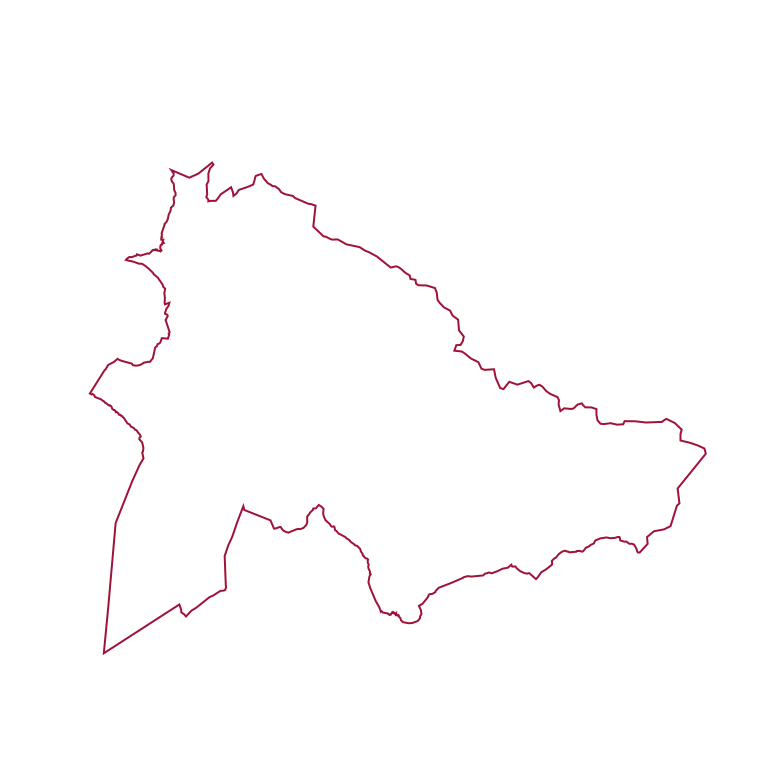 Kwaebibirem, Eastern, Ghana, rotated 353°
{"feature_id": "2480657B54074930978119", "entity_name": "Kwaebibirem", "entity_type": "district", "adm_level": 2, "iso_a3": "GHA", "parent_name": "Ghana", "parent_adm1": "Eastern", "projection": "mercator", "projection_center": [-0.887, 6.234], "detail": "fine", "context": "isolated", "style": "outline", "palette": "rose", "viewbox_px": 768, "rotation_deg": 353, "n_neighbors": 0, "source": "geoboundaries", "source_scale": "gbopen_adm2", "svg_char_len": 6159}
<svg xmlns="http://www.w3.org/2000/svg" viewBox="0 0 768 768"><g transform="rotate(353 384 384)"><path d="M458.6,319.3L452.8,315.2L449.2,310.3L447.4,307.1L447.5,300.0L446.3,295.0L438.3,291.4L430.2,290.2L428.1,288.4L427.9,284.4L423.1,283.0L422.7,279.3L418.9,276.4L414.9,271.8L412.5,269.7L410.5,268.7L404.8,269.2L392.4,256.5L385.4,251.5L381.4,249.3L376.5,245.2L363.7,240.8L355.8,234.9L350.3,234.4L348.5,233.6L344.0,230.6L342.1,230.2L333.0,219.2L337.8,198.6L333.4,196.5L331.1,196.0L318.2,188.5L316.6,186.3L308.8,183.5L305.3,181.1L303.6,177.9L300.1,174.5L297.4,174.0L296.2,172.6L293.2,170.6L289.9,165.7L287.9,160.6L282.2,161.8L281.1,163.5L280.6,165.4L278.5,170.1L273.0,171.7L263.9,173.6L262.8,174.4L261.2,176.6L257.5,179.0L257.4,175.1L256.2,170.1L245.0,175.9L241.4,179.9L239.3,181.7L234.1,181.1L231.9,181.3L232.1,179.7L230.4,176.7L231.6,174.4L232.3,164.3L234.5,161.3L235.3,153.7L237.6,148.8L241.4,145.6L240.4,143.3L225.3,152.6L215.9,155.5L198.9,145.7L200.9,149.5L200.5,151.6L199.0,152.7L197.8,154.5L198.1,157.0L199.5,159.3L199.7,160.1L199.4,165.9L200.4,168.9L200.1,171.4L198.1,173.0L197.7,175.1L197.9,177.9L196.7,181.2L194.0,183.0L193.3,186.0L191.0,189.5L189.5,194.0L188.0,196.5L185.5,198.6L185.7,199.1L181.7,207.1L181.8,208.7L181.2,210.4L181.6,211.2L180.7,211.9L180.5,213.6L182.5,213.8L181.7,215.7L182.6,217.2L180.8,217.4L180.9,218.1L180.5,218.7L179.5,218.8L179.1,219.1L178.4,222.0L179.4,224.4L178.6,224.6L178.3,225.1L176.9,224.3L175.9,224.3L175.1,223.0L174.6,223.5L174.0,223.4L173.7,222.7L173.1,223.1L172.3,222.7L171.7,223.2L170.9,222.8L166.8,226.1L165.2,225.6L157.9,226.9L154.6,225.2L154.0,226.4L152.4,226.5L149.3,227.4L146.8,226.9L144.1,228.3L143.0,229.5L150.3,232.1L155.4,234.7L158.5,235.2L161.7,237.9L164.3,240.6L168.4,245.7L168.7,246.9L172.3,250.6L176.4,258.4L176.7,260.6L178.4,262.7L177.1,266.9L177.0,272.3L176.2,275.9L176.3,278.2L180.9,277.2L179.7,280.1L177.0,283.1L175.2,287.1L175.4,287.9L177.2,288.7L177.6,289.3L177.5,290.5L175.0,293.8L177.5,306.2L177.5,306.6L176.4,307.8L176.9,308.6L175.0,312.7L169.1,311.4L167.0,315.6L165.6,316.5L164.2,316.8L163.1,318.9L161.8,319.5L161.2,320.3L157.7,330.3L154.3,333.5L151.9,333.2L150.3,333.6L148.7,333.4L145.2,335.1L142.6,335.6L140.2,335.6L137.1,334.8L136.1,333.0L126.3,329.0L123.5,327.4L122.7,326.5L118.6,329.2L112.6,331.5L109.6,335.3L108.3,336.3L90.9,357.6L92.5,358.7L93.4,358.3L95.2,360.0L95.5,361.6L101.5,364.9L103.0,366.5L103.6,366.7L105.2,369.0L106.1,369.3L107.3,370.9L108.9,372.0L109.3,371.7L110.6,372.9L111.3,375.6L112.6,376.9L113.3,376.9L114.1,378.0L114.4,379.3L115.3,379.1L116.9,380.9L117.0,382.0L118.4,382.7L118.8,382.6L119.3,383.6L120.2,384.0L120.7,385.1L121.4,385.5L124.5,391.8L126.5,393.1L127.8,395.6L130.3,397.1L131.2,398.9L132.7,399.7L134.0,402.3L135.5,404.3L136.2,406.5L134.7,407.6L134.4,409.0L136.9,412.6L137.4,418.2L136.5,421.7L135.7,422.5L136.2,428.5L131.6,434.5L122.3,449.7L100.7,489.3L83.0,572.4L73.1,617.1L154.0,577.9L155.2,583.5L155.0,585.9L157.8,588.5L159.1,590.6L165.3,585.5L170.7,583.0L184.8,574.3L188.5,573.2L196.5,569.4L199.9,569.5L201.2,569.1L202.5,566.6L202.4,565.2L204.9,535.3L209.8,525.1L214.7,517.2L221.2,503.8L229.5,488.1L230.0,492.0L254.7,505.5L257.2,514.0L258.0,514.3L263.3,513.2L264.0,513.4L265.7,516.6L267.3,518.1L270.9,519.9L279.1,517.6L280.6,517.4L283.4,517.8L286.6,517.0L289.7,514.4L290.9,512.3L291.6,506.2L294.2,503.7L295.0,502.5L298.1,500.3L298.6,499.0L301.2,499.1L304.5,496.1L306.5,497.7L308.8,500.5L307.8,505.1L308.1,507.9L309.4,512.1L313.2,516.5L314.0,518.4L314.8,519.2L315.8,519.4L316.8,519.2L317.4,519.9L317.7,523.2L318.9,524.1L321.0,527.3L322.2,527.8L327.2,531.4L327.9,532.6L330.4,534.5L331.8,536.7L334.9,539.5L335.4,540.5L337.7,541.4L340.3,545.0L340.6,547.3L342.1,550.1L342.1,551.6L342.9,552.2L343.7,553.9L344.8,554.9L346.1,555.3L346.8,556.4L346.2,557.7L346.2,559.6L346.8,561.6L346.1,563.1L346.1,564.9L347.3,568.8L346.8,570.4L347.6,571.2L346.1,573.2L344.4,578.9L345.6,585.4L349.4,598.6L352.0,604.7L353.1,609.3L353.4,608.9L353.8,609.0L355.0,610.7L360.0,612.3L360.3,613.1L361.5,613.9L362.1,613.3L362.6,613.7L363.4,612.5L364.1,612.5L364.5,611.4L365.2,611.3L365.7,612.1L366.2,612.3L365.8,612.8L367.4,614.0L367.9,613.5L367.7,614.5L368.4,614.2L368.9,615.3L369.9,614.9L370.5,615.7L370.3,616.5L371.8,618.5L372.0,620.4L373.8,622.7L379.0,624.4L382.8,624.7L388.5,623.4L391.1,621.0L391.5,619.0L393.1,617.0L393.1,612.9L391.6,608.5L395.5,606.8L401.7,600.8L402.6,598.9L403.5,598.2L406.4,598.2L409.6,596.8L410.1,595.6L413.5,592.9L425.2,590.0L438.6,586.1L439.5,585.5L443.5,584.9L447.5,585.8L459.0,586.1L461.2,584.5L463.3,584.4L464.7,583.9L465.8,584.1L467.9,585.0L473.7,583.6L479.1,581.8L484.6,581.4L488.3,578.9L489.1,580.9L492.2,581.1L493.2,583.0L496.3,586.3L500.6,589.0L503.1,589.6L505.1,589.4L511.1,596.2L513.2,594.4L517.0,590.1L522.3,587.7L528.4,584.0L529.0,582.9L529.1,580.0L531.9,577.8L533.4,577.4L536.9,574.0L540.4,572.1L543.1,571.5L544.3,571.9L544.9,572.5L546.2,572.7L547.6,573.7L554.5,573.9L555.1,573.3L558.0,573.5L559.8,574.5L561.0,574.4L561.9,573.7L564.6,570.9L567.2,570.4L569.5,568.9L572.4,568.0L573.1,567.6L574.0,565.8L575.0,564.9L579.9,563.6L586.0,563.4L590.1,564.7L594.5,564.9L596.7,564.4L599.0,564.5L599.3,565.4L599.4,568.0L603.3,569.8L605.1,569.9L606.1,570.5L607.2,571.9L608.4,572.6L610.5,572.7L612.7,573.9L614.6,578.6L614.9,581.1L615.6,582.3L617.2,582.4L626.2,574.8L626.4,568.0L633.9,563.1L644.2,562.4L651.1,560.0L659.9,540.5L662.7,538.4L662.7,523.5L694.9,492.4L694.2,487.1L687.9,483.2L680.9,479.8L671.4,476.2L672.2,469.7L673.9,465.5L667.9,458.2L660.0,453.0L657.0,454.4L655.4,455.5L639.6,454.2L629.2,451.7L618.3,450.2L616.5,453.1L610.5,452.8L604.1,450.5L597.3,450.6L594.0,449.8L591.5,446.0L591.1,440.8L591.8,434.8L587.0,432.5L580.9,431.7L579.2,429.5L578.0,427.3L573.6,428.0L569.1,431.4L566.7,431.6L559.9,430.1L555.8,432.4L554.8,425.6L555.7,421.3L554.6,418.1L547.6,414.0L544.3,410.9L540.7,405.7L538.2,403.7L535.3,404.3L532.3,405.8L530.1,401.0L527.7,398.7L516.4,400.9L508.6,397.1L502.0,403.6L498.8,402.2L495.6,391.3L495.0,382.8L485.5,382.2L482.6,380.7L480.3,373.8L473.3,369.2L467.7,363.3L465.1,361.2L457.9,359.5L460.5,354.3L464.8,354.5L467.5,350.9L469.0,346.6L465.0,339.9L465.4,329.2L460.3,324.3L458.6,319.3Z" fill="none" stroke="#9f1239" stroke-width="2"/></g></svg>